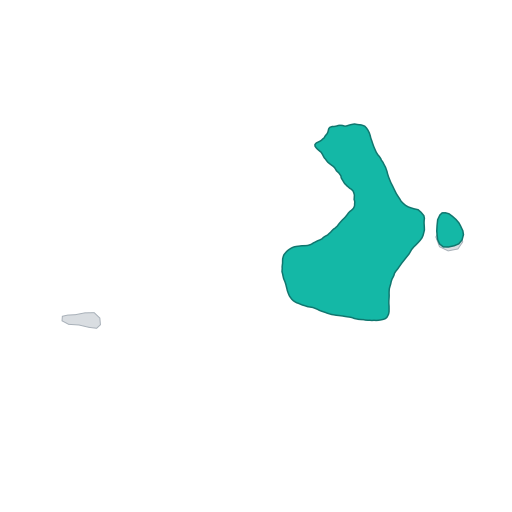 Felidhoo, Maldives (highlighted), rotated 252°
{"feature_id": "70690204B77108705549894", "entity_name": "Felidhoo", "entity_type": "district", "adm_level": 2, "iso_a3": "MDV", "parent_name": "Maldives", "parent_adm1": "", "projection": "albers", "projection_center": [73.527, 3.453], "detail": "fine", "context": "in_parent", "style": "filled", "palette": "teal", "viewbox_px": 512, "rotation_deg": 252, "n_neighbors": 0, "source": "geoboundaries", "source_scale": "gbopen_adm2", "svg_char_len": 4170}
<svg xmlns="http://www.w3.org/2000/svg" viewBox="0 0 512 512"><g transform="rotate(252 256 256)"><path d="M252.1,84.6L245.2,88.3L238.7,86.8L236.5,82.1L239.7,75.2L245.1,66.3L248.9,56.7L254.3,51.5L258.5,53.2L258.0,58.6L256.0,66.1L254.8,75.7L252.1,84.6ZM214.1,456.3L205.6,457.0L200.3,450.2L201.5,440.3L208.1,433.4L218.5,432.9L224.5,439.1L221.4,448.7L214.1,456.3Z" fill="#d9dde1" stroke="#a8b0b8" stroke-width="1"/><path d="M355.2,369.7L355.6,368.5L355.6,367.5L355.5,365.9L355.0,365.1L354.4,364.4L353.5,363.8L352.6,363.3L351.6,362.6L350.4,361.5L349.7,360.3L348.7,358.8L347.3,357.3L346.6,355.4L345.9,354.1L345.5,352.6L345.2,350.7L344.9,348.4L344.2,347.1L343.6,346.4L342.1,346.1L340.5,346.6L339.1,347.2L337.7,348.0L335.9,349.1L334.5,350.0L332.1,350.6L329.7,351.0L328.2,351.3L326.7,352.0L324.8,352.6L323.0,353.3L321.4,354.3L319.5,355.6L317.3,357.2L315.5,358.1L313.8,358.5L312.1,358.9L310.7,359.7L309.5,360.4L308.3,360.8L306.7,361.3L305.7,361.5L304.1,361.2L302.9,361.4L301.7,361.7L300.0,362.1L298.7,362.4L297.4,362.7L296.3,363.4L295.0,363.9L293.3,365.0L291.4,366.1L290.4,367.0L289.2,367.7L288.2,368.3L286.4,368.5L284.6,368.5L283.2,368.3L282.0,367.8L280.9,367.4L279.5,366.8L278.0,366.8L276.7,366.6L275.4,366.0L273.4,365.3L272.1,364.3L271.2,363.3L270.7,362.4L269.9,360.7L269.5,359.4L268.9,358.2L268.3,357.1L267.3,355.8L266.4,354.4L265.7,353.4L265.3,352.7L264.7,351.6L264.3,350.8L263.7,349.5L262.8,347.9L262.2,346.9L261.2,345.2L260.3,343.9L259.2,342.4L258.7,341.1L258.0,339.7L257.7,338.3L257.1,337.0L256.4,335.7L255.6,334.4L254.6,332.1L254.1,331.1L253.8,330.5L253.6,329.0L253.2,327.1L252.7,325.5L252.0,324.3L251.7,322.7L251.5,321.2L251.5,320.0L251.3,318.4L250.9,316.2L250.7,314.5L250.3,313.2L250.0,311.6L250.0,309.6L250.1,308.1L250.6,306.0L251.0,304.7L251.4,303.3L251.7,302.2L252.1,299.9L252.5,298.0L252.7,296.7L252.9,295.1L252.8,293.3L252.5,291.5L252.0,289.6L251.5,288.1L250.8,286.5L249.5,284.4L248.6,283.0L247.4,282.0L245.1,280.5L243.5,279.9L240.8,279.0L239.4,278.3L237.6,277.5L236.1,277.1L233.1,275.9L231.0,275.8L228.3,275.5L225.9,275.3L222.7,275.6L219.9,275.6L217.4,275.4L215.6,275.3L213.4,275.1L210.3,275.2L207.9,275.4L206.1,275.9L204.0,276.6L201.9,277.7L200.4,278.9L198.9,280.3L197.9,281.7L195.1,284.9L193.7,287.0L191.9,289.4L190.8,291.6L189.5,294.1L187.9,296.1L186.1,298.2L184.8,299.4L183.5,301.0L182.0,303.0L180.7,304.8L179.8,305.8L176.9,310.0L176.2,311.5L175.0,313.7L173.7,316.6L172.3,319.6L171.0,322.0L169.9,324.2L168.8,326.5L167.6,328.5L166.2,330.2L164.9,332.5L164.0,334.1L162.9,336.8L162.2,338.7L161.3,340.2L160.3,342.6L159.7,344.5L158.9,346.2L158.4,348.4L157.6,350.3L157.1,352.3L156.7,354.7L156.5,356.6L156.4,358.0L156.5,359.8L157.2,361.5L158.6,363.0L159.9,364.2L161.9,365.3L164.9,366.3L167.1,367.0L169.9,367.7L172.3,368.5L175.3,369.7L177.2,370.4L179.9,371.2L181.8,371.9L183.9,372.8L186.0,374.2L187.7,375.4L190.1,376.8L192.2,378.4L193.7,380.0L195.0,381.2L196.7,382.3L198.2,384.1L200.1,387.0L202.1,389.6L204.4,392.7L206.3,395.6L208.7,399.2L210.5,402.0L212.0,403.7L214.0,405.9L215.9,408.9L217.1,411.4L218.8,414.6L220.2,417.0L221.9,419.4L223.9,421.2L226.4,422.8L228.7,424.2L231.8,425.1L234.2,425.7L235.7,426.1L237.6,426.8L239.8,427.8L242.5,428.1L246.5,426.5L249.9,424.5L252.1,420.8L253.8,418.4L255.6,416.0L257.9,413.9L260.7,412.2L263.3,410.9L265.7,410.4L268.9,409.5L272.0,408.7L276.8,408.0L280.6,407.5L284.2,406.9L287.0,406.7L290.1,406.5L293.4,406.5L295.8,406.7L300.3,406.6L304.2,405.9L305.8,405.7L306.9,405.4L307.7,405.1L308.4,404.8L309.7,404.8L311.3,404.4L312.9,403.9L314.7,403.1L317.6,402.4L320.4,402.1L323.5,401.8L326.9,401.7L329.7,401.7L332.6,401.6L335.1,401.8L338.1,401.8L341.2,401.3L343.6,400.6L345.9,399.5L347.2,397.9L348.3,396.3L349.1,394.4L349.9,392.7L350.5,391.6L351.1,390.5L351.4,388.5L351.6,386.8L351.7,385.0L351.7,382.8L351.8,381.2L352.4,380.0L353.3,378.8L353.9,377.5L354.4,376.1L354.7,374.7L354.7,372.9L354.9,371.0L355.2,369.7ZM239.5,446.4L238.2,443.6L234.4,440.0L229.0,437.6L223.8,435.6L219.4,434.6L215.6,433.8L210.8,434.3L206.8,436.9L205.1,441.8L204.5,447.7L204.9,452.6L207.6,456.9L212.2,459.9L216.0,460.5L221.6,459.8L224.8,459.2L228.9,457.5L233.0,455.1L236.5,452.6L238.5,449.6L239.5,446.4Z" fill="#14b8a6" stroke="#0f766e" stroke-width="1.5"/></g></svg>